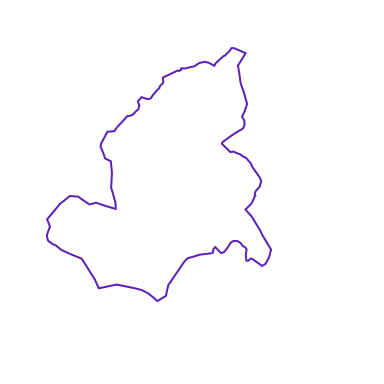 outline of Al Manar, Dhamar, Yemen, rotated 135°
{"feature_id": "15242507B33672169591195", "entity_name": "Al Manar", "entity_type": "district", "adm_level": 2, "iso_a3": "YEM", "parent_name": "Yemen", "parent_adm1": "Dhamar", "projection": "robinson", "projection_center": [44.125, 14.653], "detail": "fine", "context": "isolated", "style": "outline", "palette": "violet", "viewbox_px": 384, "rotation_deg": 135, "n_neighbors": 0, "source": "geoboundaries", "source_scale": "gbopen_adm2", "svg_char_len": 2878}
<svg xmlns="http://www.w3.org/2000/svg" viewBox="0 0 384 384"><g transform="rotate(135 192 192)"><path d="M326.0,189.8L323.2,188.0L323.0,187.8L310.7,179.8L300.4,164.2L297.0,158.5L294.7,151.4L293.8,144.0L293.6,139.4L291.0,138.7L290.5,138.6L283.9,137.0L279.1,140.1L274.8,142.8L274.6,142.9L246.6,148.2L243.6,148.3L242.0,148.3L238.2,146.1L230.7,142.1L222.3,135.5L221.3,134.7L220.0,134.4L217.3,136.5L214.5,136.6L214.6,128.1L211.7,126.9L206.7,127.4L200.5,128.8L197.5,128.1L197.2,127.8L195.1,125.7L194.6,125.3L194.4,124.5L193.7,121.6L194.3,118.4L193.5,114.9L194.0,112.8L198.7,109.3L202.1,105.0L201.0,103.8L199.1,103.5L197.7,103.4L196.7,102.1L194.9,91.5L194.9,90.2L194.3,90.1L193.9,90.0L192.4,89.6L190.7,89.2L184.0,91.3L183.5,91.4L181.1,92.9L177.5,94.9L176.8,95.3L174.3,105.6L173.3,109.6L170.8,117.6L170.4,119.1L169.5,122.7L169.2,124.1L167.5,130.8L167.1,132.3L166.9,136.4L166.6,141.8L165.0,141.8L158.3,141.8L158.2,141.8L157.4,142.0L152.9,143.6L150.2,144.8L149.8,144.6L148.7,146.5L146.0,147.7L143.0,147.7L140.7,147.8L135.4,150.7L135.4,150.8L135.1,151.4L133.9,153.8L131.7,166.7L130.1,171.2L129.7,178.4L130.8,180.8L131.3,184.3L133.5,189.6L134.1,191.3L136.7,193.1L136.7,201.3L136.7,201.5L136.7,203.3L136.7,205.0L135.1,205.7L126.1,204.3L120.3,203.2L111.3,200.9L107.6,202.1L104.4,205.6L103.5,209.8L97.1,212.1L90.8,215.3L87.3,221.5L84.9,225.7L81.3,233.3L80.7,234.6L80.3,235.1L74.4,242.8L72.5,245.5L70.2,248.8L55.9,252.3L60.7,264.2L62.4,265.9L65.0,265.3L68.7,265.2L71.2,265.2L72.4,265.2L73.5,265.8L84.0,266.3L87.0,265.5L88.5,270.5L88.8,271.6L90.9,275.1L95.3,277.8L95.7,278.1L101.5,279.2L106.1,282.3L108.8,283.7L110.1,284.8L111.7,286.6L112.5,287.0L113.2,286.0L113.6,286.0L115.4,286.7L116.4,288.1L127.5,292.0L131.6,293.5L133.9,290.9L134.9,289.7L137.9,289.5L140.0,289.5L141.6,288.6L144.6,288.7L151.6,288.1L154.4,287.4L156.8,288.1L158.2,290.0L160.7,294.8L163.0,294.5L165.5,294.5L166.0,294.5L168.2,290.2L168.4,290.2L171.2,288.5L174.5,288.7L175.2,288.7L178.5,288.5L180.7,289.1L181.9,289.8L182.6,290.2L184.1,291.4L192.0,291.0L199.9,290.7L203.9,289.9L204.7,290.6L209.0,294.2L209.2,294.4L215.7,292.4L221.9,290.6L223.2,289.7L223.4,289.6L224.5,288.9L227.0,282.7L229.7,277.2L227.7,271.1L233.1,264.5L235.0,262.2L236.7,260.6L236.8,260.6L239.2,258.4L239.9,257.8L242.9,255.1L246.2,252.2L248.7,247.3L254.0,238.1L257.9,234.0L260.7,239.0L264.9,246.9L267.4,252.3L270.4,254.0L273.3,255.8L275.1,264.9L275.7,269.1L276.3,269.8L279.0,272.9L281.2,275.5L284.8,275.9L294.7,277.0L295.7,276.8L295.8,276.8L299.5,276.4L303.7,275.9L304.4,275.9L310.8,275.4L313.7,275.1L313.8,274.9L315.4,271.3L316.9,268.0L320.6,266.3L325.1,264.1L327.0,261.5L328.1,259.5L328.1,257.8L327.6,255.5L327.3,253.3L326.1,251.0L325.8,247.8L325.2,243.0L321.7,233.7L320.9,231.7L320.7,231.2L318.1,225.1L317.6,223.9L317.1,222.9L317.9,219.3L319.4,212.7L320.7,207.1L322.4,199.3L324.3,194.4L326.0,189.8Z" fill="none" stroke="#5b21b6" stroke-width="2"/></g></svg>